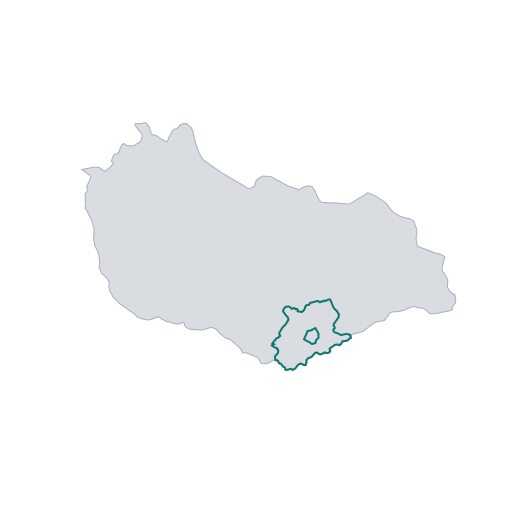 location of Békés within Hungary, rotated 34°
{"feature_id": "HUN-3171", "entity_name": "Békés", "entity_type": "County", "adm_level": 1, "iso_a3": "HUN", "parent_name": "Hungary", "parent_adm1": "", "projection": "mercator", "projection_center": [21.079, 46.734], "detail": "fine", "context": "in_parent", "style": "outline", "palette": "teal", "viewbox_px": 512, "rotation_deg": 34, "n_neighbors": 0, "source": "natural_earth", "source_scale": "10m", "svg_char_len": 4844}
<svg xmlns="http://www.w3.org/2000/svg" viewBox="0 0 512 512"><g transform="rotate(34 256 256)"><path d="M406.4,151.6L411.9,150.9L412.1,151.1L413.4,151.5L414.3,155.4L414.4,155.7L415.7,158.3L416.9,161.8L418.9,164.4L423.0,165.5L428.5,168.7L432.1,174.8L437.4,177.3L437.8,177.4L438.8,177.1L442.7,176.9L443.4,178.1L446.5,181.1L447.7,183.7L447.1,186.4L447.6,189.6L448.8,190.7L447.4,192.8L437.4,203.2L433.5,206.0L430.9,206.6L426.9,205.5L422.7,206.3L418.9,208.5L415.5,209.3L412.9,211.9L409.5,217.6L405.3,222.4L401.1,225.4L398.9,228.0L398.7,237.2L396.4,239.9L393.2,242.5L391.5,244.9L386.8,258.8L383.1,263.3L379.7,266.7L379.1,269.8L379.2,273.4L375.3,280.5L370.2,287.8L369.2,290.8L370.4,294.9L365.5,299.6L362.7,301.8L360.3,302.9L358.9,305.8L356.5,312.9L357.1,316.1L357.1,319.0L353.0,320.8L351.8,324.0L350.8,327.9L349.0,329.7L344.4,333.0L332.9,331.6L328.5,332.7L327.2,335.1L326.9,337.0L325.5,338.7L322.8,341.0L320.2,342.0L314.2,339.2L301.2,342.0L299.0,344.0L297.2,342.6L294.5,341.3L281.5,339.7L276.4,341.0L269.6,340.5L263.3,339.0L258.6,340.2L254.4,345.8L252.4,347.6L250.8,348.8L247.2,350.6L244.2,352.7L240.3,354.2L236.8,354.0L233.4,351.6L232.2,352.1L231.2,354.3L229.3,356.2L224.3,358.5L223.1,358.5L222.8,358.5L219.0,360.2L212.6,361.1L209.5,360.5L203.7,368.2L201.9,369.6L196.5,371.9L192.0,373.1L188.1,372.1L186.6,372.1L169.6,371.7L160.6,370.0L154.9,367.0L151.1,363.7L149.3,360.0L144.8,357.7L137.9,356.9L132.4,353.2L128.5,346.6L123.3,341.4L116.6,337.6L111.4,332.1L107.5,325.1L100.5,318.7L90.3,313.0L87.3,311.8L86.7,310.0L81.7,302.9L79.6,300.3L79.8,296.9L78.8,294.9L77.0,293.5L76.0,288.4L75.5,284.6L74.1,282.2L63.2,281.7L72.3,272.7L76.8,270.1L82.0,270.6L83.7,269.8L84.1,268.5L85.0,265.5L85.5,262.7L85.9,260.1L85.4,258.6L82.9,258.2L81.6,251.7L82.9,249.2L84.2,247.5L82.6,239.6L83.1,236.9L87.2,236.5L90.6,234.8L93.3,232.9L94.1,230.4L96.4,225.4L94.3,219.3L82.5,215.3L81.9,213.8L84.6,212.0L87.6,209.5L89.3,207.6L91.5,207.3L94.7,208.3L100.4,212.8L102.6,213.4L104.7,212.1L107.0,211.8L113.3,212.0L118.6,211.0L117.4,206.2L117.4,202.8L116.5,200.0L117.0,197.0L119.2,194.6L119.8,189.3L123.1,185.7L124.7,185.2L130.5,185.8L131.9,186.8L132.8,187.0L142.1,195.7L150.9,202.3L158.1,205.7L168.6,206.0L179.9,206.2L198.7,205.1L212.8,204.2L213.7,202.6L215.8,198.7L214.1,195.3L214.2,191.3L216.6,186.2L223.6,181.9L243.5,180.0L255.0,176.8L256.7,172.4L260.5,168.1L264.0,167.2L268.7,169.2L274.5,173.0L279.5,175.0L282.5,173.7L292.6,167.3L304.2,161.0L312.3,143.9L313.1,141.2L321.8,139.3L334.5,139.6L341.0,141.8L345.9,143.0L353.3,142.6L363.8,138.9L367.8,139.0L370.8,141.6L374.1,143.9L376.4,146.6L378.1,150.5L379.0,152.0L380.5,153.9L383.1,156.7L385.7,157.4L405.3,152.7L406.4,151.6Z" fill="#d9dde1" stroke="#a8b0b8" stroke-width="1"/><path d="M366.2,298.7L365.8,299.8L364.6,301.4L363.4,302.0L361.3,301.9L360.1,302.2L359.2,303.2L358.9,304.8L358.7,307.9L358.0,309.5L357.0,310.7L356.2,312.0L356.0,313.7L357.7,316.9L358.1,318.7L356.8,319.7L354.3,319.8L353.2,320.2L352.3,321.3L351.7,323.1L351.5,326.8L351.0,328.4L350.3,329.6L349.8,330.1L348.1,330.0L347.8,330.2L345.0,333.5L344.0,333.9L342.9,333.0L342.5,332.5L342.1,332.3L341.6,332.3L341.1,332.5L339.9,332.5L337.8,331.6L336.8,331.4L336.4,331.5L335.6,332.0L335.0,332.0L334.6,331.8L333.5,330.9L333.0,330.7L331.9,330.6L330.7,331.0L330.0,331.3L329.3,330.3L328.3,329.4L327.9,328.2L328.3,326.2L328.4,324.2L327.8,322.6L326.8,321.4L325.7,321.5L325.2,320.6L322.2,321.4L319.3,321.3L320.3,319.1L318.5,319.5L318.6,316.1L319.1,315.0L318.8,313.4L320.0,311.3L320.8,308.6L319.1,307.9L318.2,306.2L318.0,300.0L318.8,296.1L318.6,290.8L316.8,289.1L314.0,288.4L309.3,286.7L308.5,283.9L309.1,281.5L311.3,279.6L313.3,279.4L315.2,279.9L316.8,277.6L318.5,278.0L319.8,276.9L320.7,277.5L321.4,278.5L322.5,278.2L323.6,277.4L324.5,277.3L325.4,276.7L326.0,274.2L325.7,271.5L325.1,270.4L325.1,269.1L327.3,266.5L327.2,265.4L327.0,264.9L327.6,263.8L328.5,263.2L332.0,258.9L333.1,258.5L334.2,258.9L335.0,258.4L335.5,257.3L336.3,257.0L337.0,256.0L337.4,254.9L338.8,254.3L339.4,253.5L339.9,252.3L340.7,251.2L341.8,250.6L348.8,255.2L351.3,256.1L353.8,256.4L357.5,258.2L358.7,260.6L358.6,266.6L358.5,269.0L359.2,270.4L360.6,270.7L361.7,271.8L361.2,273.8L362.2,274.9L364.1,275.3L368.1,274.1L370.5,274.2L374.3,270.2L376.8,269.1L378.1,268.7L378.3,269.2L378.8,269.4L379.3,269.5L379.7,269.8L380.2,270.8L380.3,270.9L380.1,271.0L379.0,275.1L378.5,275.7L375.9,277.8L375.6,277.9L375.6,278.1L375.5,279.1L375.5,280.1L375.7,281.0L375.7,281.9L375.3,283.0L374.7,283.5L372.6,284.1L371.4,285.2L370.7,286.5L369.5,289.9L369.2,290.3L369.0,290.7L368.9,291.2L368.9,291.7L369.0,291.9L369.1,292.1L369.3,292.3L370.8,293.3L370.6,295.0L369.6,296.5L368.5,297.2L366.9,297.4L366.3,298.4L366.2,298.7ZM351.6,297.7L353.9,295.0L352.9,292.2L353.5,288.9L351.0,285.2L345.5,282.6L343.2,286.9L340.7,289.5L341.6,293.7L342.3,298.1L345.4,298.1L348.1,297.6L351.6,297.7Z" fill="none" stroke="#0f766e" stroke-width="2"/></g></svg>